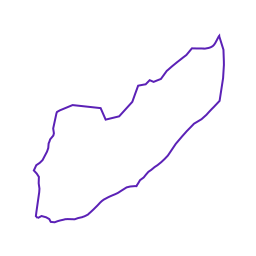 At Taffah, Al Bayda', Yemen (Robinson projection), rotated 7°
{"feature_id": "15242507B13083201582519", "entity_name": "At Taffah", "entity_type": "district", "adm_level": 2, "iso_a3": "YEM", "parent_name": "Yemen", "parent_adm1": "Al Bayda'", "projection": "robinson", "projection_center": [45.345, 14.162], "detail": "fine", "context": "isolated", "style": "outline", "palette": "violet", "viewbox_px": 256, "rotation_deg": 7, "n_neighbors": 0, "source": "geoboundaries", "source_scale": "gbopen_adm2", "svg_char_len": 2200}
<svg xmlns="http://www.w3.org/2000/svg" viewBox="0 0 256 256"><g transform="rotate(7 128 128)"><path d="M215.6,89.8L216.3,66.9L215.5,53.7L215.0,50.0L213.2,38.7L207.4,25.9L207.3,25.4L207.1,25.7L206.7,26.6L206.4,27.5L206.0,28.4L205.7,29.3L205.3,30.4L204.9,31.3L204.6,32.2L204.2,33.1L203.8,33.9L203.4,34.7L202.9,35.4L202.3,36.2L201.6,36.8L200.8,37.4L200.0,37.9L199.2,38.3L198.3,38.7L197.4,39.0L196.4,39.3L195.2,39.7L194.5,39.9L194.0,39.9L193.9,39.9L193.7,39.9L193.4,39.9L193.3,40.0L193.2,40.0L192.9,40.0L192.7,40.0L192.4,40.0L183.5,41.0L182.1,41.1L181.9,41.2L181.7,41.2L177.0,48.5L174.1,51.3L168.9,56.5L164.2,61.4L161.7,64.2L161.0,65.0L159.5,66.6L154.7,75.3L151.0,77.3L147.8,79.1L143.7,77.9L140.2,82.5L138.4,83.0L135.3,84.0L134.6,84.2L134.0,84.4L132.9,84.8L130.8,93.9L129.1,101.5L117.8,117.5L104.8,122.4L98.4,111.6L70.2,112.0L58.2,118.8L55.6,120.7L55.2,122.1L53.8,137.6L55.1,142.3L54.8,144.6L52.1,148.8L51.7,150.9L51.1,153.0L51.3,157.6L50.5,161.3L47.1,170.3L44.7,173.3L41.5,176.1L41.2,177.0L41.1,177.4L41.0,177.6L40.8,178.3L40.6,178.9L40.5,179.3L40.3,179.8L40.1,180.5L39.7,181.6L43.0,184.4L45.5,187.4L46.1,193.8L47.5,199.0L47.7,202.6L47.3,222.7L47.3,226.7L49.0,228.1L49.4,228.4L49.4,228.5L49.4,228.4L49.8,228.1L52.9,225.9L57.6,226.6L61.0,228.0L62.4,230.1L62.8,230.6L63.0,230.6L66.7,230.5L69.4,229.1L72.0,228.0L75.1,226.9L76.8,226.2L78.5,225.9L79.4,225.7L79.8,225.7L85.2,225.2L86.2,225.1L89.4,223.5L93.6,222.0L94.0,221.7L95.5,221.0L97.2,219.9L98.9,218.7L99.9,217.4L100.5,216.8L103.7,213.0L106.6,209.3L106.8,209.1L109.4,205.5L110.8,203.8L112.7,202.0L115.3,200.2L116.1,199.6L118.1,198.3L120.8,196.7L123.3,195.3L125.7,193.8L126.7,193.0L129.2,190.9L133.5,187.4L133.9,187.1L137.3,185.8L142.1,184.8L143.5,184.7L143.7,184.2L144.0,183.4L144.0,183.2L144.4,182.6L146.3,178.3L149.6,175.2L151.5,172.1L153.6,169.0L156.2,166.7L159.2,163.5L161.8,161.3L165.1,157.9L168.2,154.2L169.6,152.3L170.8,150.7L171.4,149.6L174.4,143.7L177.4,137.8L180.5,133.1L181.9,131.0L182.6,129.9L185.1,126.3L185.6,125.6L185.7,125.4L185.8,125.3L186.6,124.1L192.1,116.9L192.8,115.9L193.1,115.6L197.6,112.1L199.9,110.3L204.2,105.4L206.3,102.4L208.8,99.0L210.6,96.7L215.6,89.9L215.6,89.8Z" fill="none" stroke="#5b21b6" stroke-width="2"/></g></svg>